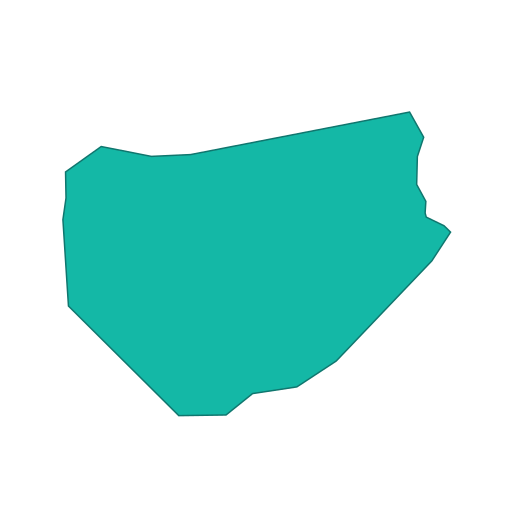 Kidricevo, orthographic projection, rotated 165°
{"feature_id": "SVN-956", "entity_name": "Kidricevo", "entity_type": "Municipality", "adm_level": 1, "iso_a3": "SVN", "parent_name": "Slovenia", "parent_adm1": "", "projection": "orthographic", "projection_center": [15.739, 46.395], "detail": "fine", "context": "isolated", "style": "filled", "palette": "teal", "viewbox_px": 512, "rotation_deg": 165, "n_neighbors": 0, "source": "natural_earth", "source_scale": "10m", "svg_char_len": 436}
<svg xmlns="http://www.w3.org/2000/svg" viewBox="0 0 512 512"><g transform="rotate(165 256 256)"><path d="M87.4,205.8L205.7,133.8L250.4,119.0L294.9,124.0L326.1,110.2L371.9,121.8L450.1,256.2L433.1,341.1L424.5,361.2L418.2,386.5L377.2,401.8L331.3,379.3L293.0,370.9L70.4,355.3L63.3,327.3L74.4,310.3L82.3,283.5L77.8,264.8L81.5,253.8L81.5,249.5L66.5,236.5L61.9,228.7L87.4,205.8Z" fill="#14b8a6" stroke="#0f766e" stroke-width="1.5"/></g></svg>